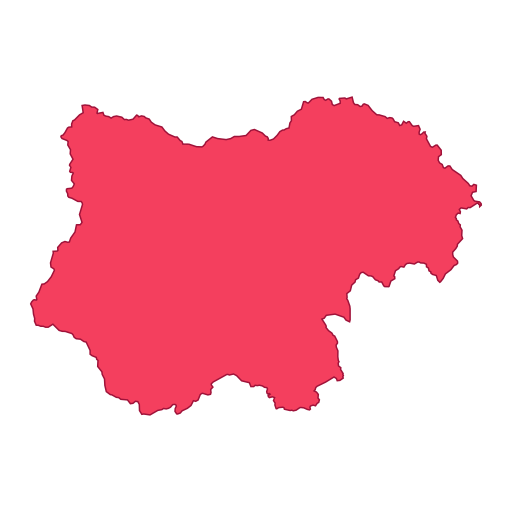 outline of Tayacaja, Huancavelica, Peru
{"feature_id": "86281439B91012352076021", "entity_name": "Tayacaja", "entity_type": "district", "adm_level": 2, "iso_a3": "PER", "parent_name": "Peru", "parent_adm1": "Huancavelica", "projection": "albers", "projection_center": [-74.763, -12.259], "detail": "fine", "context": "isolated", "style": "filled", "palette": "rose", "viewbox_px": 512, "rotation_deg": 0, "n_neighbors": 0, "source": "geoboundaries", "source_scale": "gbopen_adm2", "svg_char_len": 6011}
<svg xmlns="http://www.w3.org/2000/svg" viewBox="0 0 512 512"><path d="M349.6,321.8L350.1,319.9L350.1,308.9L349.8,306.1L347.8,300.4L346.7,298.7L347.1,297.4L346.8,293.6L350.3,290.8L351.7,285.1L355.0,282.1L355.6,279.7L358.4,278.1L359.7,274.2L361.2,272.6L363.1,272.2L368.4,275.8L371.0,275.9L372.7,276.6L375.4,279.8L378.0,280.7L379.1,282.0L381.7,282.0L383.8,285.9L384.7,286.6L388.5,286.7L389.0,286.5L390.9,281.0L394.8,278.7L394.7,276.7L393.8,275.9L395.5,270.7L398.7,268.7L399.7,267.2L401.0,266.5L403.9,267.1L405.4,264.7L406.9,263.5L409.6,263.1L414.4,264.0L417.5,262.1L419.1,262.0L420.6,262.9L423.9,263.1L426.4,264.3L426.5,266.8L428.4,268.0L429.0,270.8L430.8,271.9L430.9,273.1L432.5,274.4L436.3,275.5L437.8,280.3L439.8,282.3L440.6,281.7L443.2,278.4L445.4,273.9L450.9,269.7L454.1,265.5L456.5,264.5L457.7,263.1L457.5,261.1L453.4,257.0L452.7,254.5L452.7,252.1L455.8,248.6L457.3,246.1L457.4,244.3L462.6,238.6L461.7,235.6L462.0,230.2L460.1,226.8L460.3,224.9L458.7,223.5L457.9,221.0L456.4,219.9L456.3,218.4L455.4,217.5L456.3,214.8L458.1,213.1L460.1,213.5L460.4,211.8L459.3,209.4L461.1,207.9L466.7,208.9L468.1,207.5L470.2,207.6L477.0,203.2L478.4,203.4L478.7,204.3L479.6,204.7L479.7,206.6L481.3,205.1L481.1,203.6L479.6,201.9L474.8,201.1L473.8,200.4L471.1,195.8L472.5,192.3L476.1,191.5L476.4,185.2L473.8,184.4L471.9,186.2L469.8,185.8L468.3,183.5L462.8,178.5L460.8,175.4L452.2,169.5L449.9,166.0L448.1,165.9L444.9,168.2L443.4,167.6L442.2,164.5L439.6,162.9L438.2,160.3L438.5,156.7L441.3,154.6L441.2,150.2L437.2,145.1L435.9,145.1L432.3,147.3L430.5,146.4L426.4,138.8L426.9,136.3L424.9,133.2L425.2,132.0L423.7,132.1L421.9,133.9L420.3,134.7L419.2,134.1L419.1,132.3L420.1,129.2L418.5,125.6L413.6,126.3L412.2,125.6L409.4,121.7L408.2,121.7L406.3,123.2L403.6,121.3L401.7,124.9L399.7,125.5L398.3,122.8L394.6,121.7L393.1,118.9L392.1,118.0L389.7,117.6L387.2,118.4L385.1,116.6L379.2,114.9L376.8,114.8L372.2,110.7L368.1,105.4L364.4,103.9L363.3,104.2L361.9,106.2L360.1,106.5L357.7,104.7L354.8,104.5L353.5,102.8L352.1,97.1L346.3,98.9L344.9,98.0L339.5,98.4L339.1,99.0L340.2,100.9L340.2,103.3L334.1,105.6L332.3,104.5L331.5,101.2L329.0,99.0L328.0,98.9L325.6,100.3L324.2,99.5L323.1,97.5L318.1,97.4L312.0,99.3L308.5,102.9L307.3,102.9L305.2,101.5L303.6,101.7L301.4,109.2L297.4,111.2L294.3,114.8L291.3,116.5L291.4,120.7L289.9,123.0L289.0,128.0L286.2,128.7L284.1,130.0L282.5,130.1L279.9,131.6L277.2,135.3L273.5,139.0L270.0,140.3L268.2,140.1L268.2,138.3L267.1,136.7L265.5,136.2L262.3,133.0L254.4,129.5L250.9,130.4L246.1,135.5L239.1,136.5L234.3,136.5L230.7,138.6L226.2,139.6L217.7,138.6L212.4,136.9L205.9,142.1L204.9,144.3L202.9,146.4L201.8,146.9L196.5,146.7L188.9,144.2L182.9,144.1L181.9,141.5L180.1,140.5L177.2,137.0L174.9,137.0L168.5,134.2L164.8,130.9L161.9,127.0L155.1,124.9L151.3,122.2L149.2,119.1L145.6,117.8L144.3,116.5L141.5,115.9L138.8,116.8L137.6,115.4L136.6,115.1L133.0,119.2L128.5,120.2L126.3,119.4L124.4,119.6L121.8,117.2L116.6,116.0L113.5,116.6L111.1,118.1L108.7,116.6L105.7,116.1L103.9,115.2L102.9,112.4L97.4,113.5L97.0,113.1L97.8,109.5L94.6,107.2L91.7,107.1L89.4,105.5L84.9,105.0L82.1,105.5L83.2,112.7L79.5,114.9L74.5,120.0L72.9,120.7L71.6,124.0L71.7,126.9L68.7,127.2L67.5,128.0L64.9,132.7L63.0,135.1L61.3,135.7L60.9,136.8L62.0,138.5L67.0,140.5L68.1,141.5L67.8,145.0L70.5,149.7L70.2,153.9L73.0,159.2L69.8,164.2L69.5,165.2L70.9,167.4L69.7,171.3L70.4,172.3L72.6,172.5L73.3,173.1L71.9,176.0L71.5,180.4L74.3,183.9L73.2,186.5L71.8,188.2L67.2,188.7L66.5,189.2L66.4,191.1L67.7,193.7L67.8,196.0L68.8,197.3L71.9,198.2L77.8,201.4L81.2,201.5L82.2,202.9L82.5,204.5L79.5,214.5L82.0,222.4L80.3,224.7L76.5,224.8L75.0,232.0L70.7,238.1L69.4,242.0L67.8,242.3L64.9,241.5L61.6,242.9L57.7,247.4L57.9,250.5L57.0,251.1L53.1,251.3L53.3,253.2L50.5,262.9L51.0,267.0L53.8,268.8L54.4,270.1L54.0,271.1L51.3,276.7L47.5,281.6L44.3,283.9L41.9,284.2L38.9,292.1L36.2,296.1L36.8,299.7L36.2,300.1L34.3,299.7L33.3,300.1L31.6,302.0L30.7,303.9L33.0,308.9L33.5,314.1L34.7,318.5L34.5,321.2L36.2,325.2L38.4,325.3L40.5,326.2L43.4,326.3L45.6,327.2L48.2,327.2L52.9,324.2L59.1,330.4L62.2,331.3L65.2,331.4L71.8,333.5L73.0,334.7L74.2,337.3L76.2,338.7L80.5,339.2L83.8,341.5L86.2,342.1L90.1,350.4L90.1,354.2L92.1,355.7L96.3,357.4L96.7,359.3L98.0,360.4L97.7,366.5L101.9,371.8L102.2,374.4L104.5,378.9L104.9,385.5L106.3,391.6L110.3,394.6L111.8,394.8L116.3,397.3L118.7,397.6L120.8,399.3L127.5,399.9L130.4,403.7L133.0,403.3L135.4,401.3L137.8,401.6L139.3,404.4L139.5,410.6L141.8,414.3L143.7,414.0L150.0,414.9L157.8,410.4L161.9,409.6L163.5,408.5L166.2,408.9L168.5,408.3L170.5,407.2L172.7,404.6L175.0,404.4L176.0,405.1L176.3,406.1L175.2,408.6L175.0,411.4L176.7,413.9L177.6,414.0L180.3,413.0L182.1,410.8L187.4,408.3L191.0,405.5L193.4,400.7L195.7,401.3L198.1,400.0L200.2,394.7L201.5,393.6L202.6,393.3L207.9,394.9L210.5,394.3L211.0,392.7L210.7,389.5L212.9,387.1L211.3,384.9L211.3,383.8L213.3,381.9L226.7,374.5L227.8,374.4L229.4,375.0L233.5,374.0L236.6,375.6L241.6,380.8L249.4,382.7L250.9,386.6L253.7,386.6L255.1,385.3L257.5,385.6L259.3,385.2L262.4,385.9L264.5,387.3L266.8,387.6L267.5,388.9L266.7,391.5L267.0,393.1L267.6,393.9L269.3,393.5L270.1,394.2L268.1,395.6L268.4,396.7L269.4,397.6L272.4,396.8L274.6,397.6L273.5,400.6L275.1,403.1L274.9,405.0L276.1,408.6L276.8,408.8L278.7,407.6L282.9,407.2L284.2,408.0L284.4,409.2L290.1,410.5L291.8,410.2L293.3,410.8L296.1,410.2L299.9,407.6L301.0,407.5L303.7,407.8L307.3,409.4L309.5,409.9L310.4,409.1L309.9,407.2L310.5,406.0L313.1,405.1L315.5,405.8L317.2,403.3L318.7,402.4L319.4,399.8L318.0,398.0L318.3,394.4L316.5,392.1L314.1,390.9L315.2,389.6L315.7,387.6L317.0,386.3L325.6,382.1L334.0,377.0L336.4,378.5L337.2,380.7L339.9,380.4L343.2,378.1L342.8,376.7L343.4,375.5L342.8,374.2L343.1,373.5L340.6,369.5L340.8,367.7L338.5,365.9L338.2,363.1L339.0,361.7L338.3,360.5L337.8,356.7L337.9,350.9L336.3,347.1L336.1,345.1L337.5,343.1L337.4,341.5L334.7,336.1L333.1,335.3L331.9,333.1L328.5,330.6L326.0,327.5L326.2,326.2L325.7,325.0L321.9,319.1L324.2,318.2L326.3,315.3L335.1,314.1L343.9,317.2L346.0,320.1L349.6,321.8Z" fill="#f43f5e" stroke="#9f1239" stroke-width="1.5"/></svg>